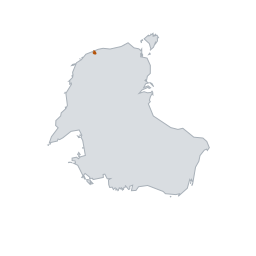 Bellingen, New South Wales, Australia (highlighted), rotated 236°
{"feature_id": "25037944B1782787006296", "entity_name": "Bellingen", "entity_type": "district", "adm_level": 2, "iso_a3": "AUS", "parent_name": "Australia", "parent_adm1": "New South Wales", "projection": "albers", "projection_center": [152.743, -30.374], "detail": "fine", "context": "in_parent", "style": "filled", "palette": "amber", "viewbox_px": 256, "rotation_deg": 236, "n_neighbors": 0, "source": "geoboundaries", "source_scale": "gbopen_adm2", "svg_char_len": 4305}
<svg xmlns="http://www.w3.org/2000/svg" viewBox="0 0 256 256"><g transform="rotate(236 128 128)"><path d="M163.6,59.7L167.2,70.2L170.5,69.4L174.5,72.4L175.6,78.9L177.9,81.1L178.8,87.2L180.6,90.4L191.5,95.9L195.9,105.7L197.1,106.1L197.3,104.4L199.6,106.1L199.9,105.2L200.9,110.3L202.3,111.7L205.2,113.3L210.9,121.8L210.7,127.5L212.7,134.4L209.9,147.3L208.0,151.9L203.5,157.3L199.4,167.8L198.6,175.7L191.1,177.8L187.5,181.3L185.1,181.8L185.9,183.6L182.1,181.1L182.6,180.4L182.3,179.7L181.6,179.7L180.4,181.0L179.5,180.3L180.9,179.1L180.0,178.3L175.3,182.9L167.4,181.5L160.8,177.0L160.1,173.0L156.8,169.7L158.1,169.7L157.9,168.6L153.9,170.2L154.8,167.4L152.7,163.6L151.7,168.3L148.7,169.2L149.0,167.6L150.5,167.4L151.7,161.0L150.5,156.5L149.1,161.6L146.2,163.9L144.6,167.1L145.1,168.5L143.9,168.5L141.6,167.2L142.9,167.0L141.5,164.2L139.1,161.3L137.4,161.2L136.7,158.4L123.8,155.7L104.4,163.7L98.9,168.6L97.1,173.3L83.6,177.4L77.8,184.5L72.8,185.8L66.2,184.4L65.0,181.2L66.5,181.3L67.0,178.9L64.9,172.3L60.8,168.1L57.8,162.1L46.7,151.5L49.8,151.9L46.8,148.5L48.7,150.5L50.9,150.5L44.9,143.5L43.3,131.5L44.7,133.9L46.1,130.3L52.6,122.3L55.7,121.7L69.4,112.1L73.4,103.9L71.8,99.7L74.1,95.8L78.0,99.9L78.7,96.9L76.5,95.4L76.7,94.1L82.1,93.6L80.3,93.5L81.0,91.4L79.6,90.0L82.3,89.0L81.0,88.1L83.3,87.3L82.1,85.7L83.6,83.2L84.1,84.4L85.6,83.8L85.2,81.5L87.8,81.8L88.9,79.6L91.7,80.3L95.8,82.7L95.8,85.4L97.5,82.4L102.7,83.0L103.4,81.4L100.8,79.9L104.8,70.2L106.1,70.5L107.6,68.0L108.5,68.8L114.3,67.0L113.8,64.9L109.5,64.2L110.0,63.5L125.2,65.5L129.2,63.2L128.4,65.0L130.3,65.7L132.2,63.4L134.3,64.8L132.6,69.0L130.2,69.7L130.7,72.5L129.1,77.3L143.0,83.5L146.5,83.9L147.8,85.7L153.7,86.4L157.1,78.9L156.3,68.7L156.6,64.8L158.0,63.8L156.7,62.2L159.7,54.5L163.6,59.7ZM180.3,191.0L186.1,192.9L192.9,191.2L193.6,197.3L193.1,196.2L192.4,197.6L192.5,201.7L190.0,200.1L188.7,203.9L185.8,203.8L186.3,202.7L183.7,201.1L182.5,198.0L183.6,198.5L180.7,194.3L180.3,191.0ZM102.6,65.0L106.8,64.2L108.3,65.0L105.9,67.7L102.6,65.0ZM147.9,172.4L153.8,171.4L151.4,172.7L147.9,172.4ZM134.2,71.4L135.3,73.5L132.7,73.5L132.9,71.9L134.2,71.4ZM210.5,120.8L210.4,118.2L211.3,116.1L211.7,117.6L210.5,120.8ZM191.0,186.7L193.0,187.2L193.1,188.0L191.0,186.7ZM102.3,65.7L104.2,67.5L101.5,67.9L102.3,65.7ZM177.9,187.9L176.8,187.8L177.3,186.2L177.9,187.9ZM149.5,81.8L148.3,82.6L147.1,83.1L147.6,81.8L149.5,81.8ZM46.5,150.9L45.2,150.0L44.7,149.0L44.8,148.9L46.5,150.9ZM192.7,188.9L193.5,189.5L192.0,189.0L192.7,188.9ZM201.8,110.6L202.6,110.6L202.7,111.7L201.8,110.6ZM179.1,87.1L180.3,87.7L180.1,88.1L179.1,87.1ZM190.0,202.3L190.2,203.3L189.5,203.0L190.0,202.3ZM212.0,128.5L212.0,129.9L211.9,129.9L212.0,128.5ZM113.2,62.9L112.4,62.4L112.8,62.0L113.2,62.9ZM132.7,59.9L131.8,61.1L132.7,59.0L132.7,59.9ZM212.1,126.8L211.7,127.3L212.0,126.8L212.1,126.8ZM137.0,79.5L136.4,79.8L136.7,79.2L137.0,79.5ZM132.1,71.6L131.4,71.9L131.8,71.1L132.1,71.6ZM47.3,124.2L47.4,125.1L47.1,125.1L47.3,124.2ZM158.4,54.1L158.4,54.9L158.1,54.4L158.4,54.1ZM181.6,180.1L181.8,180.6L181.6,180.4L181.6,180.1ZM131.6,61.4L130.3,62.4L131.6,61.2L131.6,61.4ZM81.9,84.7L81.5,85.3L81.7,84.6L81.9,84.7ZM190.4,201.6L190.1,201.8L190.2,201.4L190.4,201.6ZM149.2,84.5L148.4,84.5L148.8,84.0L149.2,84.5ZM80.2,89.2L79.9,89.6L79.7,88.9L80.2,89.2ZM193.0,199.3L192.5,199.6L192.7,199.1L193.0,199.3ZM158.7,52.1L158.6,52.6L158.2,52.4L158.7,52.1ZM181.4,180.8L181.9,181.2L181.1,181.1L181.4,180.8ZM192.7,95.8L192.3,95.8L192.4,95.2L192.7,95.8ZM196.8,104.3L196.6,104.3L196.8,103.8L196.8,104.3ZM180.4,190.3L180.3,190.6L180.2,190.2L180.4,190.3Z" fill="#d9dde1" stroke="#a8b0b8" stroke-width="1"/><path d="M207.8,142.9L208.1,143.0L208.7,143.1L208.8,143.1L209.0,143.0L209.3,143.1L209.5,143.1L209.9,143.2L210.2,143.2L210.3,143.1L210.2,143.1L210.3,143.0L210.3,142.9L210.3,142.7L210.1,142.5L210.1,142.4L210.1,142.5L210.1,142.4L210.0,142.2L209.9,142.2L209.7,142.1L209.4,142.0L209.4,141.9L209.5,141.8L209.5,141.7L209.4,141.6L209.2,141.4L209.1,141.5L208.9,141.5L209.0,141.5L208.9,141.6L208.8,141.8L208.7,141.8L208.7,141.7L208.7,141.8L208.7,141.7L208.7,141.8L208.6,141.7L208.5,141.8L208.5,141.7L208.4,141.7L208.3,141.8L208.3,142.0L208.3,141.9L208.3,142.0L208.2,142.0L208.0,142.3L207.9,142.4L207.9,142.5L207.7,142.6L207.7,142.8L207.8,142.9L207.8,142.9Z" fill="#f59e0b" stroke="#b45309" stroke-width="1.5"/></g></svg>